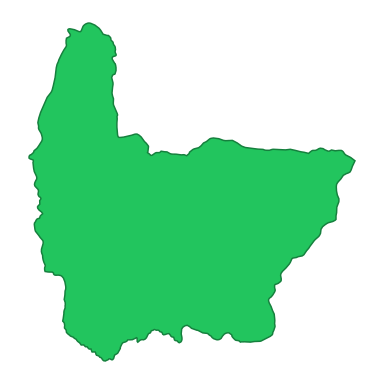 outline of Chima, Santander, Colombia
{"feature_id": "7082276B29202754493362", "entity_name": "Chima", "entity_type": "district", "adm_level": 2, "iso_a3": "COL", "parent_name": "Colombia", "parent_adm1": "Santander", "projection": "mercator", "projection_center": [-73.411, 6.385], "detail": "fine", "context": "isolated", "style": "filled", "palette": "green", "viewbox_px": 384, "rotation_deg": 0, "n_neighbors": 0, "source": "geoboundaries", "source_scale": "gbopen_adm2", "svg_char_len": 5874}
<svg xmlns="http://www.w3.org/2000/svg" viewBox="0 0 384 384"><path d="M355.0,160.8L350.7,157.5L345.8,155.0L344.6,153.9L343.3,151.9L342.4,151.0L341.2,150.4L338.8,150.4L335.3,150.8L331.5,150.0L329.2,151.2L328.0,151.1L325.1,149.9L323.0,148.6L320.3,148.2L319.0,148.6L316.6,150.0L315.3,150.4L312.8,150.4L311.8,150.8L310.5,151.7L308.6,153.4L304.2,152.3L300.9,151.8L295.3,150.4L290.3,149.3L285.5,149.9L273.6,149.3L272.2,149.4L269.4,150.3L266.7,150.3L264.8,150.1L263.1,149.4L257.7,149.1L245.3,147.5L241.6,146.1L237.3,143.0L232.4,140.4L225.6,140.7L223.5,140.4L218.8,138.7L213.4,138.0L210.8,138.4L209.7,138.9L206.4,141.6L203.5,143.0L201.0,145.9L198.7,147.7L194.1,148.9L192.7,149.6L189.5,152.2L189.2,153.5L186.7,155.7L184.4,154.8L183.5,154.7L181.4,154.9L176.2,154.2L171.9,154.1L170.2,153.7L167.0,151.9L164.8,151.8L161.1,151.2L160.7,151.7L159.5,152.6L156.3,152.6L155.3,153.0L152.0,155.3L150.8,155.4L149.3,153.9L147.5,152.6L147.9,151.6L148.5,146.7L148.4,146.1L146.3,143.3L144.5,141.6L141.2,137.0L139.1,135.2L137.1,134.1L135.6,134.1L134.4,134.3L131.8,135.2L123.6,137.1L120.9,137.4L118.8,137.4L118.1,136.7L117.6,135.1L116.9,127.1L116.9,122.9L117.2,118.9L117.0,116.4L117.6,115.0L117.2,113.5L113.5,104.9L113.3,103.2L113.5,98.8L112.6,96.1L112.0,93.1L112.6,87.0L113.0,84.6L113.0,82.9L111.7,77.6L112.4,75.6L113.0,74.9L113.7,74.4L114.5,74.3L115.0,73.9L116.0,70.6L116.0,67.6L115.6,65.1L115.2,63.8L114.6,63.2L112.3,59.3L112.1,58.2L112.4,57.2L112.9,56.8L113.7,56.4L115.6,55.8L116.1,55.2L116.1,54.4L115.3,52.7L115.1,51.4L115.5,49.8L115.2,47.1L114.7,46.0L113.9,45.0L113.3,43.7L113.1,42.5L112.6,41.6L111.2,40.4L110.8,39.1L110.8,38.2L110.4,37.4L108.5,35.5L106.9,35.4L103.1,34.2L100.7,30.3L99.1,28.3L94.9,25.1L90.7,23.3L89.0,23.0L87.6,23.2L85.6,24.0L84.4,24.9L83.5,25.7L82.9,26.7L81.2,30.9L80.2,31.7L79.0,31.6L74.5,29.7L70.6,28.9L69.2,28.8L68.3,29.2L67.9,29.6L68.0,31.0L70.1,34.1L70.4,35.0L70.2,35.6L69.8,36.5L66.5,38.2L66.1,40.4L66.1,43.2L66.4,44.6L66.4,45.8L66.2,46.5L63.8,50.1L61.5,54.3L58.8,60.0L58.3,61.7L57.1,64.3L56.3,67.6L55.1,77.6L53.3,85.7L52.1,90.3L51.1,92.3L47.2,97.3L40.6,112.4L38.8,118.1L37.9,122.4L38.0,123.4L38.6,126.0L38.5,128.2L38.9,129.5L41.2,133.5L41.9,135.9L42.3,137.6L42.3,139.3L41.8,141.0L38.5,146.2L36.9,148.4L34.1,150.7L33.5,152.5L31.1,154.7L30.2,154.9L29.3,155.9L29.0,157.0L29.1,158.2L30.1,158.9L33.0,159.9L33.4,161.0L33.0,162.5L33.6,168.2L34.3,171.6L36.5,176.3L36.8,177.9L36.6,179.2L35.5,181.1L34.7,183.1L34.5,184.6L34.8,185.8L35.3,186.5L38.2,189.6L38.5,191.2L38.0,194.2L38.5,195.7L39.2,196.7L40.3,197.3L40.9,198.3L40.8,199.1L39.7,200.6L39.8,204.2L38.1,205.9L37.5,206.9L37.7,208.2L39.0,210.0L41.6,212.1L42.2,212.9L42.6,213.8L41.0,215.2L40.2,216.1L39.5,218.3L38.2,218.5L36.6,219.4L35.0,222.5L34.5,223.0L34.3,224.5L35.0,229.7L35.5,231.3L38.9,235.6L40.1,237.4L42.8,240.5L43.2,241.9L43.1,243.7L41.5,249.1L41.4,251.5L41.7,253.0L42.6,255.4L42.7,257.4L43.1,259.7L43.8,262.0L45.2,265.2L45.2,266.3L44.7,267.5L44.6,268.8L44.7,270.1L45.1,271.5L48.2,272.0L52.3,272.1L53.4,272.9L53.6,274.0L54.4,274.9L55.6,275.2L58.5,275.1L60.5,275.5L61.6,276.0L63.4,278.0L64.9,281.9L65.7,286.3L65.8,288.0L65.6,289.5L65.1,291.0L64.9,295.1L64.2,299.5L65.2,302.4L65.3,304.9L65.1,305.5L65.1,308.0L64.2,310.4L63.9,312.0L63.9,313.6L63.1,319.3L62.8,320.3L62.8,321.3L63.6,322.0L64.3,323.1L64.7,325.6L64.5,326.9L64.5,328.0L66.1,330.0L66.5,332.5L68.5,334.5L69.6,335.1L70.3,336.0L73.5,337.3L74.2,338.2L76.3,339.4L76.8,340.3L77.7,341.4L79.7,342.9L81.2,345.0L83.7,344.9L85.4,346.7L87.2,346.8L88.6,348.7L89.7,349.1L91.0,349.0L91.6,350.9L92.1,352.0L95.0,351.9L95.7,353.0L95.9,354.1L96.5,355.2L98.7,355.9L99.9,357.3L101.0,357.6L101.9,358.6L102.5,359.7L103.6,360.7L105.3,361.0L108.3,359.6L109.1,358.8L110.1,358.9L111.4,359.7L112.6,359.7L113.6,358.6L114.6,355.1L117.6,353.3L118.3,352.1L120.3,348.5L120.3,347.6L120.9,346.0L121.8,344.2L122.5,343.0L123.7,342.4L125.5,341.9L126.8,341.2L127.7,339.9L132.3,339.7L136.6,337.7L137.1,338.3L137.2,341.5L137.8,342.2L140.2,340.1L141.9,339.6L143.5,339.8L145.0,339.2L146.4,337.8L148.2,334.1L149.1,333.3L150.0,333.1L150.7,332.3L151.0,331.2L151.7,330.6L152.9,330.4L153.7,329.7L154.5,329.5L156.3,330.2L158.0,330.1L159.2,330.6L159.6,331.5L160.9,332.0L161.6,332.1L162.2,332.9L162.7,334.2L163.7,334.8L165.6,334.4L167.0,333.8L169.0,333.6L170.0,334.6L170.8,336.0L171.7,336.8L173.7,337.3L174.5,339.9L175.2,340.5L177.2,340.9L178.5,342.4L179.4,342.7L180.9,341.9L181.6,340.8L182.0,339.2L181.9,337.3L181.2,333.9L181.7,328.9L183.0,327.1L184.9,325.8L187.2,325.3L189.6,326.6L191.5,328.3L196.8,330.2L198.0,330.4L202.8,332.9L207.3,333.4L208.4,334.1L209.1,334.9L211.1,336.1L212.1,337.5L213.7,338.7L216.5,339.7L217.9,339.8L219.6,339.4L221.1,338.4L222.5,336.1L224.4,334.0L226.2,333.1L227.8,332.8L229.0,332.9L231.4,334.6L232.0,335.4L231.9,336.0L232.2,336.7L233.6,338.4L235.3,340.0L236.0,340.3L238.8,340.7L240.4,342.1L240.8,341.9L244.5,341.8L250.5,342.1L254.4,341.5L259.7,341.3L260.9,341.1L270.3,336.3L272.2,334.8L272.7,333.8L272.7,332.8L273.8,330.3L275.0,326.7L274.9,325.2L274.6,323.8L274.8,320.7L274.7,318.9L274.2,314.1L272.6,310.7L271.1,306.6L269.2,302.9L268.6,301.0L268.6,299.5L269.4,298.2L271.3,296.8L272.9,294.8L274.8,291.6L275.2,290.1L274.6,287.6L274.6,285.2L275.3,284.4L277.2,283.8L278.3,283.3L280.6,281.5L281.1,280.7L281.2,279.9L281.2,278.7L280.6,275.4L280.9,273.6L282.5,271.3L285.9,268.0L289.3,264.0L290.4,262.2L291.6,259.4L292.1,258.5L293.2,258.0L296.4,257.5L298.1,256.7L302.2,255.9L303.9,254.7L306.6,250.7L308.7,248.3L309.9,246.4L314.4,240.4L315.5,239.3L318.7,236.5L319.5,235.4L320.5,233.4L321.0,229.3L322.6,226.7L324.8,224.9L327.0,223.4L328.4,222.7L332.8,221.5L335.1,220.3L336.0,219.4L336.0,215.8L336.6,212.7L336.8,207.2L338.8,201.9L338.9,201.0L338.9,198.8L337.3,195.0L336.5,190.9L336.3,186.8L336.5,184.8L336.9,183.7L338.2,181.8L340.8,179.0L343.4,175.2L344.9,174.5L345.7,173.9L348.6,172.8L350.1,171.9L351.2,169.8L352.4,166.3L355.0,160.8Z" fill="#22c55e" stroke="#15803d" stroke-width="1.5"/></svg>